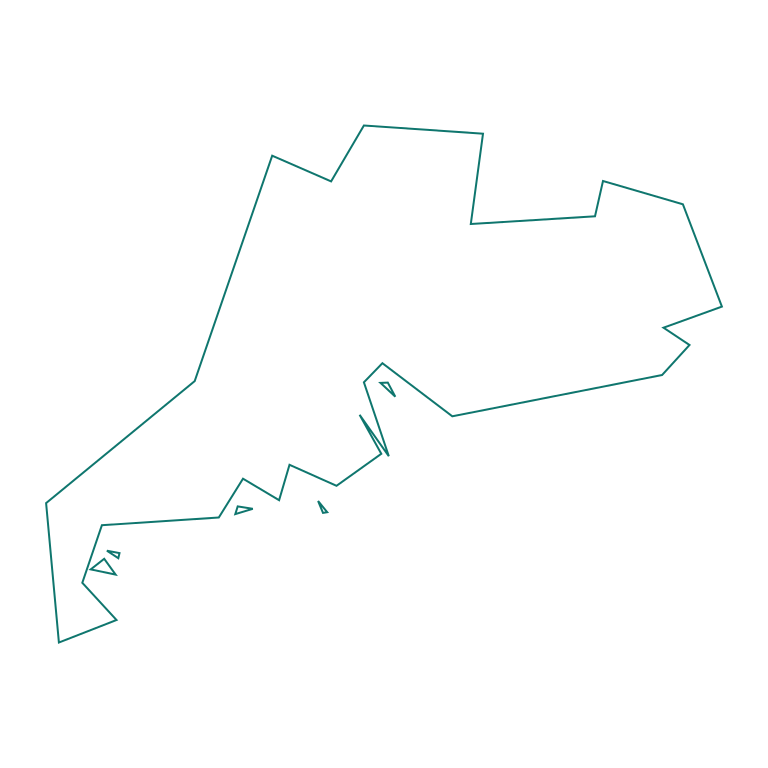 map outline of Guangdong (Albers equal-area conic projection)
{"feature_id": "CHN-1180", "entity_name": "Guangdong", "entity_type": "Province", "adm_level": 1, "iso_a3": "CHN", "parent_name": "China", "parent_adm1": "", "projection": "albers", "projection_center": [112.97, 22.878], "detail": "coarse", "context": "isolated", "style": "outline", "palette": "teal", "viewbox_px": 768, "rotation_deg": 0, "n_neighbors": 0, "source": "natural_earth", "source_scale": "10m", "svg_char_len": 728}
<svg xmlns="http://www.w3.org/2000/svg" viewBox="0 0 768 768"><path d="M452.3,416.3L382.4,363.2L363.9,382.3L388.8,456.2L359.6,414.8L381.3,453.8L336.5,485.8L289.5,464.8L279.1,500.2L243.0,478.7L218.8,517.5L101.9,525.2L82.3,582.8L116.5,620.0L58.9,642.5L46.1,503.1L194.7,381.1L272.2,155.7L331.1,181.4L363.9,125.5L483.0,133.7L470.8,224.0L595.0,216.3L603.0,181.0L682.9,204.3L721.9,306.6L663.5,327.7L689.5,345.0L662.1,375.0L452.3,416.3ZM104.2,558.8L115.6,574.6L90.7,569.4L104.2,558.8ZM318.1,501.0L327.2,512.2L323.0,512.9L318.1,501.0ZM387.8,382.6L395.3,396.7L380.5,382.9L387.8,382.6ZM237.7,506.4L252.8,508.8L235.3,514.1L237.7,506.4ZM119.5,553.1L118.3,558.2L106.9,550.7L119.5,553.1Z" fill="none" stroke="#0f766e" stroke-width="2"/></svg>